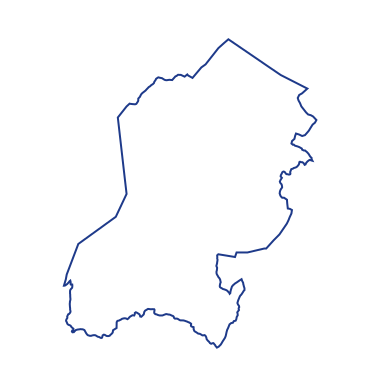 Santa María Quiegolani, Oaxaca, Mexico (orthographic projection), rotated 7°
{"feature_id": "50627088B40011540335784", "entity_name": "Santa María Quiegolani", "entity_type": "district", "adm_level": 2, "iso_a3": "MEX", "parent_name": "Mexico", "parent_adm1": "Oaxaca", "projection": "orthographic", "projection_center": [-96.048, 16.307], "detail": "fine", "context": "isolated", "style": "outline", "palette": "blue", "viewbox_px": 384, "rotation_deg": 7, "n_neighbors": 0, "source": "geoboundaries", "source_scale": "gbopen_adm2", "svg_char_len": 6026}
<svg xmlns="http://www.w3.org/2000/svg" viewBox="0 0 384 384"><g transform="rotate(7 192 192)"><path d="M251.8,272.5L250.7,273.4L249.4,274.5L248.3,275.5L247.4,276.3L245.9,277.5L245.1,278.4L244.6,279.0L244.1,279.5L243.7,280.2L243.2,280.9L243.0,281.8L242.9,282.5L242.7,283.4L242.5,284.6L242.3,286.4L242.3,287.8L241.8,288.4L241.5,287.8L240.6,287.1L239.9,286.4L238.5,285.4L237.2,285.0L235.8,284.7L234.4,284.5L233.3,283.9L232.2,283.5L231.4,283.0L231.1,282.4L231.0,281.3L231.1,280.1L231.2,279.1L231.5,278.2L231.2,277.2L230.9,276.5L230.6,275.5L229.9,274.5L229.4,273.9L228.8,273.5L228.3,272.8L227.8,272.1L226.8,270.8L226.4,270.1L226.2,269.4L226.0,268.1L226.2,266.8L226.2,265.6L226.2,264.7L226.1,263.9L225.4,262.9L225.2,262.3L225.3,261.6L225.4,261.0L225.5,260.0L225.6,259.4L225.5,258.7L225.6,257.6L225.6,256.1L225.1,254.9L225.1,254.0L224.7,251.8L225.7,250.6L240.9,251.2L242.6,251.3L243.6,246.6L254.3,245.3L270.6,239.3L272.5,239.1L278.9,230.0L284.0,223.4L290.0,211.8L291.2,208.3L292.0,205.2L293.3,201.2L293.4,197.7L291.2,196.8L289.1,196.7L287.9,191.7L287.2,188.1L284.1,186.5L282.2,186.7L281.6,186.2L280.9,185.7L280.5,185.2L280.1,184.7L279.9,184.3L279.7,183.7L279.2,182.9L279.2,181.0L279.4,179.8L279.9,178.3L280.6,177.1L280.9,176.4L280.7,175.5L280.4,174.5L280.0,173.5L278.6,172.3L277.9,171.0L278.5,169.0L279.5,167.0L278.1,165.8L278.1,164.6L278.7,163.1L279.3,161.3L280.0,160.7L280.6,160.5L281.9,161.1L282.7,162.1L283.3,162.6L284.0,162.8L284.4,162.7L284.8,162.7L285.6,162.9L286.6,162.8L287.3,162.4L287.4,161.6L287.0,160.3L287.4,158.7L287.8,157.2L289.2,156.6L290.1,155.8L291.1,155.4L292.3,154.8L293.3,153.9L294.7,151.7L294.9,150.4L294.9,149.3L295.5,148.8L296.6,149.1L298.0,149.0L299.3,149.8L300.5,151.3L301.3,150.8L301.7,149.4L302.8,147.7L304.2,146.3L304.9,145.8L306.1,146.0L307.0,146.2L307.7,146.3L306.6,144.7L306.6,143.7L305.0,142.4L303.1,140.0L301.4,138.5L299.1,137.0L298.1,137.2L296.2,136.6L295.7,135.5L293.1,134.4L291.2,133.9L288.6,133.5L287.1,132.5L286.4,132.8L284.8,131.8L285.1,129.2L287.2,126.8L287.5,123.9L288.1,121.3L291.3,121.9L294.5,123.0L297.2,121.8L299.4,118.6L300.5,116.9L301.8,114.0L303.5,110.4L305.6,108.2L306.7,105.4L303.0,102.3L300.6,101.3L297.8,100.9L295.5,99.1L292.8,96.4L290.1,93.7L288.3,90.5L286.6,88.2L285.5,85.8L286.6,82.6L289.2,80.7L293.9,75.3L265.6,65.0L265.5,64.9L263.7,64.0L253.0,58.5L209.5,36.0L205.6,40.3L200.7,45.9L189.9,63.7L186.1,67.2L178.6,78.7L173.9,76.8L173.0,75.9L170.6,78.4L166.6,77.1L163.8,77.4L162.4,78.8L161.5,79.2L158.7,83.3L155.8,83.4L153.4,84.1L152.8,84.2L151.5,84.1L150.4,83.7L148.4,82.7L145.9,82.5L144.7,82.3L144.3,82.5L142.6,84.0L142.1,85.5L141.2,87.1L140.9,88.6L139.9,89.8L138.5,90.9L137.6,92.1L136.2,93.2L135.9,93.7L134.1,96.1L133.6,96.9L131.3,99.2L130.7,99.8L129.8,101.0L129.0,102.8L128.9,103.6L127.3,105.8L127.5,107.8L127.3,108.7L126.0,111.3L124.8,111.9L122.4,112.0L119.8,112.0L119.3,111.9L116.6,115.1L109.3,127.1L123.5,186.2L127.3,201.9L119.4,225.9L85.5,257.4L77.7,289.2L77.4,294.1L76.3,300.6L76.9,300.5L77.7,300.1L78.1,299.7L78.7,299.1L79.2,298.7L79.8,297.9L80.4,297.0L80.8,296.5L81.2,295.7L81.5,295.3L82.0,294.8L82.5,296.1L82.6,296.8L82.6,297.5L82.8,298.4L83.2,298.7L83.7,298.4L84.4,298.4L84.7,299.8L84.7,301.6L84.4,302.1L83.7,303.0L83.2,303.9L83.0,305.0L83.2,306.5L83.3,307.5L83.6,308.6L83.8,310.2L84.1,311.8L84.4,313.1L84.4,314.1L84.2,315.7L84.3,316.7L84.3,317.9L84.5,319.0L84.9,321.1L85.2,322.2L85.4,323.8L85.7,324.4L86.0,325.7L85.7,326.7L84.9,328.0L84.1,328.4L83.7,329.5L83.3,330.8L83.5,331.5L83.6,332.2L83.1,333.2L82.7,334.5L82.7,335.1L83.0,335.8L83.6,336.5L84.0,337.4L84.4,338.0L84.7,338.4L85.7,338.9L86.8,339.1L87.8,339.5L88.7,340.6L89.5,341.2L90.4,341.8L91.0,342.2L91.0,343.6L90.0,344.1L89.8,345.2L90.5,345.8L91.8,345.5L92.4,344.6L93.5,343.2L95.1,342.5L96.7,342.1L98.1,341.7L99.3,341.7L100.3,341.6L100.9,341.8L101.3,341.9L101.7,342.0L102.1,342.2L104.1,345.0L105.1,346.1L106.0,346.8L107.6,347.1L108.3,347.2L109.5,347.0L110.5,346.5L112.2,346.0L113.7,346.0L114.8,346.5L116.0,347.1L117.3,347.2L118.6,347.7L119.6,348.0L120.5,347.5L120.8,345.2L121.7,344.4L122.8,344.4L123.8,344.9L124.9,345.3L125.6,345.3L126.6,345.2L127.8,344.7L128.3,343.9L129.4,342.7L130.4,341.2L130.5,338.8L133.7,336.2L133.1,330.4L133.7,329.0L135.2,328.5L136.2,327.8L136.8,327.5L137.2,327.1L138.0,326.4L139.5,325.8L140.8,325.5L142.1,325.6L143.4,326.1L144.3,325.3L144.9,324.3L145.7,323.3L146.6,322.6L147.9,321.6L149.7,321.6L150.1,320.2L150.0,319.0L150.9,318.2L152.2,318.6L154.7,319.8L155.4,320.9L155.8,321.9L156.9,322.0L159.0,319.4L159.3,316.7L159.9,315.5L162.6,313.4L165.5,313.4L167.0,313.1L168.8,313.0L169.2,313.6L169.2,314.7L169.1,315.7L169.3,316.7L169.8,317.2L170.6,317.7L171.8,317.8L173.0,318.2L174.9,318.5L176.6,318.3L177.8,318.1L179.4,317.2L181.2,316.3L182.9,316.4L184.0,316.5L184.8,316.4L186.1,316.8L187.2,317.2L188.1,317.3L189.0,317.9L189.3,318.8L189.7,319.3L190.6,319.8L191.4,319.6L192.5,319.5L193.4,319.7L194.2,320.1L194.9,320.4L195.5,320.7L196.4,320.8L197.1,320.7L198.1,320.6L198.9,320.5L199.6,320.6L200.0,320.6L200.5,320.7L203.2,321.3L204.6,321.8L205.1,321.8L206.1,322.3L207.1,322.8L207.3,323.1L207.1,324.3L207.6,325.4L208.8,325.8L210.0,325.9L210.2,326.6L210.3,327.9L210.6,328.4L211.1,329.5L211.9,330.1L213.3,330.7L214.7,331.4L215.4,331.8L217.0,331.8L218.5,332.4L219.7,333.0L220.3,333.0L221.3,332.7L222.0,332.5L223.2,333.4L223.9,334.6L224.5,336.3L225.8,337.6L227.1,338.5L228.3,339.8L229.5,340.3L230.8,339.6L231.7,339.4L233.1,340.7L233.6,341.1L234.0,341.8L235.7,343.4L237.4,342.2L238.2,341.1L239.1,340.0L239.9,338.3L240.6,336.6L241.6,334.6L242.5,332.7L243.0,330.8L243.2,328.9L243.4,326.6L243.7,324.6L244.4,322.6L245.4,318.8L246.9,317.3L248.5,316.8L249.2,315.1L251.0,314.4L251.5,312.8L251.6,310.7L252.4,308.7L252.1,307.3L251.6,305.9L253.0,303.4L252.5,302.3L252.6,301.2L252.9,300.5L252.5,299.3L251.4,298.1L250.8,297.1L250.6,296.6L251.0,294.1L251.9,290.8L252.2,289.8L252.6,288.9L253.2,288.2L253.9,287.0L254.9,284.9L255.4,283.7L256.0,283.1L255.9,281.6L255.6,280.6L255.0,279.4L254.5,278.0L254.1,277.1L253.9,276.1L253.5,275.4L252.8,274.5L251.8,272.5Z" fill="none" stroke="#1e3a8a" stroke-width="2"/></g></svg>